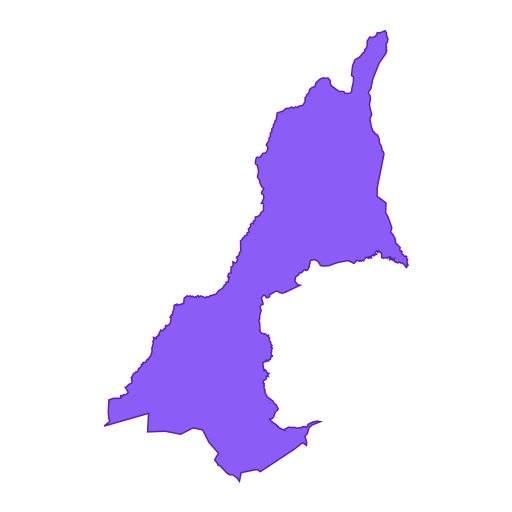 the district of Kapenguria, Rift Valley, Kenya
{"feature_id": "3690345B82211082616386", "entity_name": "Kapenguria", "entity_type": "district", "adm_level": 2, "iso_a3": "KEN", "parent_name": "Kenya", "parent_adm1": "Rift Valley", "projection": "natural_earth1", "projection_center": [35.164, 1.55], "detail": "fine", "context": "isolated", "style": "filled", "palette": "violet", "viewbox_px": 512, "rotation_deg": 0, "n_neighbors": 0, "source": "geoboundaries", "source_scale": "gbopen_adm2", "svg_char_len": 6076}
<svg xmlns="http://www.w3.org/2000/svg" viewBox="0 0 512 512"><path d="M260.2,471.7L294.4,449.1L302.6,442.7L306.4,445.4L306.7,442.6L305.0,436.2L307.3,433.6L308.9,427.9L312.4,424.8L320.4,421.7L317.3,421.1L313.2,421.8L308.1,424.3L307.5,426.1L306.4,426.9L302.6,426.6L301.4,427.6L296.5,428.1L293.7,427.2L292.1,427.6L288.4,427.1L286.5,428.6L284.9,429.0L284.7,430.6L279.4,427.8L277.8,426.2L277.5,426.7L276.4,424.8L271.0,421.1L269.1,418.4L270.8,419.3L273.4,417.5L275.6,411.4L277.3,410.5L278.2,408.9L276.0,404.6L274.6,403.8L272.7,400.8L268.3,397.7L266.6,395.7L265.0,392.5L265.0,390.2L263.8,387.0L264.4,385.4L263.9,384.5L264.2,383.5L263.3,383.2L263.4,380.5L266.0,379.5L266.3,376.1L268.3,376.6L267.8,374.9L269.0,373.4L267.5,373.3L266.2,370.8L264.9,369.7L264.3,370.8L263.8,370.5L262.8,362.5L266.2,361.4L266.5,361.0L266.0,360.6L266.8,359.9L267.4,360.8L268.7,361.0L269.1,359.5L270.4,359.4L271.1,356.5L272.3,356.2L272.4,355.6L271.6,355.3L271.0,352.7L271.7,351.9L271.4,351.0L272.3,347.9L271.1,347.8L270.9,347.1L272.1,345.4L270.9,344.3L270.7,342.1L269.3,340.4L269.6,338.0L268.5,336.7L268.5,335.1L267.3,335.9L265.4,333.9L261.5,333.3L260.1,331.3L259.6,322.5L258.8,320.5L259.7,318.8L259.7,315.2L261.2,310.3L260.1,307.3L260.9,305.0L262.9,304.6L263.1,303.6L261.4,297.6L263.8,295.0L265.7,296.1L266.2,297.7L268.4,297.5L269.7,296.3L269.5,294.9L275.9,291.2L278.0,291.4L279.4,292.5L282.1,293.2L285.0,292.4L300.1,285.2L297.9,284.8L294.9,281.3L295.4,277.2L298.8,274.6L299.1,273.0L301.5,272.8L304.3,269.6L306.2,270.5L307.5,270.1L309.4,266.8L309.1,265.3L310.0,263.5L310.1,261.3L311.2,260.2L314.6,259.6L317.9,261.3L320.6,265.6L323.4,266.0L328.6,265.7L337.5,262.6L347.1,260.7L349.8,261.2L353.8,263.4L355.4,262.3L356.4,260.5L357.8,260.4L359.2,261.3L360.3,260.4L361.2,261.3L362.8,260.4L363.6,260.8L365.8,257.3L368.6,258.2L368.3,257.0L369.8,256.5L370.3,256.6L370.1,257.8L371.7,257.8L371.3,255.8L373.6,254.4L373.7,255.7L374.2,255.7L375.5,254.4L376.5,254.4L375.4,252.7L376.5,250.8L377.2,250.8L378.0,252.5L378.9,250.9L380.2,252.3L380.7,252.0L381.7,254.6L381.6,257.4L382.9,258.2L386.3,257.6L387.2,258.3L388.0,257.3L390.3,256.9L390.7,257.3L389.3,258.7L389.4,259.8L391.2,259.5L391.8,258.3L392.4,260.0L394.4,258.6L393.9,260.8L395.4,262.2L396.3,261.9L397.3,262.9L398.7,262.7L399.3,262.0L401.0,263.1L401.9,262.8L403.9,264.3L406.2,267.5L407.1,266.9L407.0,264.7L407.9,265.0L406.9,261.9L407.6,259.6L406.3,258.1L406.8,256.9L406.1,256.1L404.2,256.3L403.2,254.6L401.9,254.1L402.0,251.7L401.4,250.9L400.4,251.2L399.6,249.1L400.2,247.7L396.8,243.9L395.9,243.7L395.1,238.7L392.6,234.1L390.6,232.2L391.8,227.7L388.0,216.8L385.7,212.9L386.0,202.9L377.0,196.2L377.3,187.3L384.0,154.0L383.2,151.6L382.0,150.3L381.7,147.5L380.7,144.8L379.5,143.3L379.2,139.1L377.6,135.3L377.0,134.5L375.3,134.2L374.5,132.3L373.1,131.5L371.2,126.2L369.9,118.9L371.7,114.7L369.4,105.2L370.5,98.5L370.0,95.5L368.4,93.1L369.1,90.9L370.8,88.9L372.8,79.1L379.2,63.0L386.0,53.2L386.1,51.5L386.8,50.8L386.0,47.9L386.6,47.0L385.9,44.3L387.4,42.0L387.9,38.6L386.8,36.0L386.2,32.4L385.1,30.7L379.9,32.9L377.2,32.6L376.6,35.0L374.0,37.1L372.0,37.5L369.8,37.0L367.2,41.1L367.2,45.6L366.2,48.5L364.6,49.6L364.8,51.6L362.7,53.2L359.6,57.1L355.0,59.7L352.6,65.7L351.5,75.6L353.5,76.9L353.3,82.3L351.8,88.7L351.7,91.3L350.0,93.3L345.3,93.4L343.7,91.5L338.9,91.3L331.4,85.8L330.1,83.0L330.4,80.9L328.3,78.2L322.4,78.0L319.6,79.4L315.9,82.8L314.8,87.0L312.5,87.2L309.6,89.4L308.8,93.3L307.0,94.4L306.1,96.7L305.1,97.6L305.0,101.8L302.8,105.3L298.4,106.3L297.5,107.5L295.6,106.8L293.5,108.1L291.6,107.0L289.4,108.2L285.9,108.5L283.0,111.1L277.2,112.9L276.2,119.8L274.8,121.2L274.6,123.4L273.5,124.5L273.2,127.2L271.9,128.7L271.7,131.8L270.3,133.2L270.3,136.8L269.1,137.9L269.0,140.4L266.3,144.7L267.9,147.8L267.2,150.9L265.6,153.0L262.7,153.4L262.2,154.7L261.1,155.3L261.0,156.6L258.7,157.5L257.1,157.1L256.1,158.3L255.3,162.6L255.5,163.8L257.3,165.4L258.4,169.6L258.4,173.5L257.5,175.8L257.6,177.5L259.7,180.3L259.7,182.4L261.9,187.0L263.9,188.3L261.4,192.5L261.8,193.8L263.5,194.8L263.7,196.8L263.8,198.3L261.4,203.4L262.9,203.2L263.5,204.3L263.4,210.8L261.3,212.3L260.2,213.9L260.2,215.0L257.1,216.7L255.3,217.0L255.0,220.4L253.2,221.3L253.5,223.6L251.3,223.4L250.4,224.8L250.7,226.8L248.3,228.9L249.2,231.8L247.0,232.9L247.2,234.8L244.6,235.9L243.7,237.8L242.5,238.1L242.4,239.3L240.5,240.9L240.8,251.0L239.4,252.8L239.0,255.3L236.4,257.3L237.7,259.0L236.4,262.5L235.0,263.0L232.9,261.8L233.1,265.9L230.9,267.3L231.4,268.7L230.7,270.8L231.3,272.8L228.6,273.5L227.9,276.3L228.0,277.4L229.3,277.5L228.3,279.9L228.2,282.3L226.1,282.1L225.7,284.6L224.2,285.1L223.9,286.5L221.8,288.8L218.9,290.5L215.9,294.2L210.0,295.8L208.3,297.2L206.8,296.7L205.2,297.6L200.6,295.9L198.8,297.0L198.2,295.6L196.5,296.4L196.3,297.2L195.3,296.8L194.4,297.4L192.4,296.2L191.6,296.9L190.4,295.8L188.4,296.5L187.1,295.8L184.2,298.1L183.7,303.5L182.1,303.6L181.4,304.7L180.4,304.3L176.8,305.3L176.8,304.2L174.1,305.3L174.0,308.9L172.9,311.5L172.5,314.6L172.3,315.1L171.5,314.7L170.1,317.3L171.2,317.7L170.3,322.9L169.3,324.4L167.2,325.8L165.9,325.4L165.2,326.7L165.4,328.6L163.5,329.2L162.8,331.0L160.8,330.0L158.9,333.9L159.3,335.0L158.0,335.3L157.5,336.7L156.4,336.8L156.3,338.5L153.5,337.4L153.7,339.9L152.9,341.2L153.2,343.7L151.7,349.1L152.2,350.0L151.7,352.8L150.6,356.0L149.3,357.2L148.5,359.5L147.6,359.2L146.1,360.9L146.1,361.7L145.1,362.5L143.4,362.4L142.9,362.7L142.8,364.4L141.3,364.5L141.4,366.2L139.4,368.5L138.9,368.3L137.3,371.8L135.9,371.9L135.0,373.1L133.6,373.5L131.9,377.1L131.3,377.3L131.2,378.0L132.1,378.8L131.5,380.5L132.0,381.4L131.8,383.1L128.6,384.5L126.5,387.0L125.3,387.3L128.3,392.4L126.1,394.6L123.4,394.7L122.4,396.4L121.1,395.4L120.6,395.7L120.8,398.3L113.6,398.3L108.9,399.9L108.3,411.2L108.7,418.0L109.7,420.8L109.4,421.7L104.1,426.1L148.6,413.3L147.6,431.9L165.0,431.2L180.7,434.2L193.1,427.9L202.6,429.9L209.2,442.7L218.5,453.2L214.6,459.9L217.4,463.4L218.1,465.3L219.9,465.7L227.6,473.7L229.9,474.9L232.1,474.6L234.0,475.6L237.1,478.1L239.4,481.3L241.2,472.6L255.7,469.7L257.6,469.7L260.2,471.7Z" fill="#8b5cf6" stroke="#5b21b6" stroke-width="1.5"/></svg>